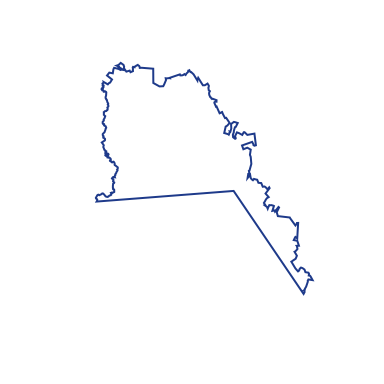 La Trinitaria, Chiapas, Mexico (orthographic projection), rotated 56°
{"feature_id": "50627088B54619766562201", "entity_name": "La Trinitaria", "entity_type": "district", "adm_level": 2, "iso_a3": "MEX", "parent_name": "Mexico", "parent_adm1": "Chiapas", "projection": "orthographic", "projection_center": [-91.937, 15.979], "detail": "fine", "context": "isolated", "style": "outline", "palette": "blue", "viewbox_px": 384, "rotation_deg": 56, "n_neighbors": 0, "source": "geoboundaries", "source_scale": "gbopen_adm2", "svg_char_len": 5881}
<svg xmlns="http://www.w3.org/2000/svg" viewBox="0 0 384 384"><g transform="rotate(56 192 192)"><path d="M291.3,132.0L288.8,134.5L287.3,132.0L287.1,131.4L289.3,130.7L277.0,121.3L276.4,122.3L276.8,122.7L277.6,125.0L268.8,125.3L267.8,125.2L260.0,134.3L256.2,133.1L253.5,128.5L252.8,128.7L254.6,134.1L253.5,133.8L252.6,135.9L249.4,131.9L248.7,132.3L247.3,133.5L246.8,134.4L246.1,135.2L247.4,137.5L248.2,138.6L246.3,138.2L243.5,139.2L243.6,138.5L241.3,138.5L240.3,136.3L239.6,135.1L239.2,133.9L239.0,133.2L239.1,131.3L234.4,131.9L232.2,125.5L231.3,125.4L232.0,127.9L229.2,128.3L228.0,128.8L227.2,130.4L223.3,129.6L221.5,131.8L218.3,131.1L216.7,132.6L215.8,133.3L216.3,134.9L215.2,135.3L214.1,135.5L212.9,135.4L211.9,134.9L210.3,134.2L211.5,138.1L208.4,135.2L208.8,134.1L206.3,133.0L206.4,132.4L201.9,127.1L196.3,124.0L195.5,123.6L193.6,123.2L189.7,119.6L186.2,121.4L185.3,125.5L181.4,124.5L184.1,114.1L187.1,114.5L187.5,114.8L188.5,114.4L189.0,112.9L178.5,107.6L175.6,114.2L171.8,115.0L171.4,115.7L172.8,118.4L169.5,120.1L167.7,121.4L169.9,125.3L170.7,125.3L171.9,125.7L172.1,126.1L172.0,126.5L169.6,127.3L167.5,126.2L166.7,125.2L166.0,124.1L164.6,123.0L162.3,120.2L162.5,119.3L160.4,115.5L158.6,116.9L157.3,118.1L157.5,121.6L161.3,123.9L163.4,126.4L163.2,126.6L163.3,126.6L163.6,126.8L163.5,127.1L163.3,127.2L163.4,127.4L163.8,127.3L164.2,128.4L164.0,128.5L164.3,128.5L164.7,128.9L164.6,129.2L164.9,129.5L164.3,129.7L161.1,132.3L156.6,127.5L156.7,125.7L155.8,122.2L149.6,122.2L149.2,123.3L144.8,122.8L142.5,122.3L142.3,123.2L142.5,123.6L142.2,125.1L134.9,123.8L134.8,124.4L130.5,123.6L130.1,123.1L130.1,122.9L130.3,121.8L130.8,121.2L129.6,120.3L126.3,122.7L126.1,123.3L125.7,123.2L125.3,123.6L124.0,123.5L123.6,123.8L121.2,123.4L120.0,122.8L119.5,122.5L119.0,121.9L118.4,120.8L117.0,121.2L114.7,120.1L114.4,119.6L113.6,118.8L113.3,118.6L110.8,118.5L110.7,121.6L109.6,123.3L100.8,123.0L102.0,124.8L102.5,125.2L95.3,124.9L92.2,125.6L92.2,125.8L91.9,126.1L91.2,126.3L89.6,126.1L89.6,126.4L89.3,127.2L90.0,127.9L90.4,128.5L90.5,129.1L90.6,130.1L91.4,131.9L90.0,132.4L90.1,133.6L89.9,134.6L89.4,135.6L88.8,136.5L87.7,136.3L84.9,146.6L85.3,146.7L84.8,147.2L83.7,149.4L83.0,150.2L84.7,151.0L87.3,155.0L88.2,156.7L86.3,159.9L80.0,163.1L68.1,155.2L61.0,164.1L59.9,165.9L58.8,165.4L58.2,165.3L57.7,165.4L56.9,165.9L56.3,165.9L56.1,167.6L56.2,168.5L56.0,169.6L56.4,169.9L55.3,170.9L55.6,171.5L56.5,171.9L58.8,173.4L58.3,176.0L56.5,175.8L55.5,179.1L51.6,179.2L51.0,179.0L50.2,178.2L48.3,177.7L45.1,178.9L45.5,181.0L45.5,182.3L45.1,183.8L47.2,182.5L47.5,182.9L47.3,183.2L47.8,183.8L48.4,182.4L51.2,181.1L52.0,181.1L51.2,181.9L50.9,183.0L49.0,184.0L45.5,187.1L46.2,188.4L49.3,191.3L46.8,193.8L47.9,197.3L54.0,195.4L55.5,198.7L55.3,200.1L55.7,201.6L51.4,203.7L51.7,203.8L52.0,203.7L52.1,203.9L51.9,205.2L52.1,205.7L53.3,205.9L53.6,206.1L54.3,205.7L54.4,205.8L54.3,206.6L55.1,206.4L55.5,206.6L55.7,207.0L55.6,207.9L55.8,208.0L56.2,207.8L56.4,208.0L56.5,208.7L56.4,208.7L55.9,208.3L55.7,208.6L55.9,209.1L56.2,209.1L56.1,209.3L56.3,209.5L57.1,209.2L57.2,209.3L57.2,209.5L57.5,209.6L57.9,209.4L58.0,208.8L59.5,208.7L59.4,208.3L59.6,208.1L59.8,208.5L60.4,207.6L60.9,207.3L61.4,207.3L63.5,208.9L64.2,209.5L64.9,210.5L65.8,211.1L66.7,211.0L67.3,211.4L68.0,211.1L70.5,212.0L70.8,211.9L72.0,212.1L72.5,213.0L73.3,212.9L74.1,213.3L74.4,213.7L74.6,214.9L76.0,215.4L76.7,216.2L76.8,216.7L76.6,217.1L76.9,217.8L76.8,218.1L76.3,219.1L76.5,220.5L77.0,220.6L77.5,221.1L78.7,221.9L78.9,221.8L79.5,221.8L80.6,221.5L81.0,222.0L81.2,222.4L81.7,222.9L82.6,224.8L83.5,225.2L83.9,226.8L85.0,227.6L85.7,227.7L86.2,227.1L86.6,226.9L87.0,227.0L87.4,227.6L87.7,227.6L87.9,227.6L89.3,226.8L90.8,227.2L91.0,227.7L91.1,228.1L91.8,228.7L92.9,230.3L93.5,231.0L93.9,233.1L94.0,233.5L94.3,233.8L95.5,234.4L95.8,234.4L96.1,234.1L96.5,234.2L97.0,235.0L97.5,235.2L98.1,234.7L99.2,234.4L99.8,234.7L100.1,235.2L100.5,235.4L100.5,239.1L103.9,239.0L105.1,240.4L107.2,240.8L107.9,241.1L108.9,240.7L109.6,241.0L110.3,240.3L110.5,240.4L111.0,240.9L110.8,241.2L110.8,241.7L111.3,242.2L111.8,242.4L112.1,241.4L112.9,240.4L113.5,240.1L114.1,240.1L114.6,240.8L114.7,241.0L113.4,242.3L113.3,243.3L113.7,243.3L115.1,242.1L116.0,242.8L116.6,242.3L116.3,241.8L117.5,241.2L118.5,240.9L119.1,240.9L119.9,241.3L119.8,242.0L120.2,242.6L120.4,242.6L121.5,242.0L122.2,242.0L122.8,241.7L122.8,240.3L123.2,240.0L124.5,240.0L125.2,240.2L125.6,240.6L126.3,241.0L126.6,241.0L127.3,240.6L128.8,240.2L129.8,239.8L130.6,240.0L131.2,240.7L131.5,241.5L132.0,241.4L132.5,241.7L133.3,243.6L133.8,244.1L134.3,245.5L134.6,245.6L135.1,246.0L135.1,246.6L135.5,246.9L136.2,247.6L136.6,247.7L135.6,248.7L135.5,249.0L135.7,250.1L136.0,250.8L136.6,250.7L137.2,250.3L137.4,250.1L138.3,250.5L138.7,251.3L139.0,251.5L139.6,251.4L140.6,251.1L140.9,251.4L141.0,251.7L141.0,252.7L142.6,254.1L144.2,255.2L144.6,255.4L144.8,255.3L145.6,255.8L146.1,255.3L146.5,255.2L148.0,256.1L148.5,256.5L148.3,257.8L148.3,258.2L147.8,258.5L148.0,258.9L147.5,259.4L147.4,259.7L147.9,259.8L148.4,259.7L148.5,260.0L149.1,260.5L149.0,260.9L149.2,261.3L148.9,262.0L148.8,262.6L149.0,263.7L149.0,264.2L148.9,264.7L148.6,264.8L148.2,265.5L147.3,266.1L145.4,266.2L143.7,266.5L143.6,266.8L143.0,267.2L143.1,267.8L143.1,269.1L142.9,269.6L142.9,270.5L142.7,270.8L141.8,271.2L141.7,271.8L141.7,272.2L143.1,275.0L143.8,275.2L144.7,274.8L145.3,274.8L146.2,275.6L146.6,276.4L214.4,156.9L338.9,156.5L337.9,154.6L336.7,154.0L336.1,154.3L336.1,153.1L335.4,152.6L334.3,150.3L331.1,146.1L330.3,145.7L329.6,144.4L332.5,141.3L328.2,140.9L327.3,141.0L326.5,141.9L325.2,140.7L324.0,140.6L321.9,142.8L319.2,142.1L317.0,142.9L315.6,143.9L315.8,145.1L315.8,145.5L316.6,146.5L316.9,147.6L317.1,147.7L317.1,148.5L313.2,149.0L305.3,148.6L305.3,143.4L303.5,140.7L298.9,140.4L299.0,139.7L298.9,139.1L298.7,138.1L298.2,136.4L295.5,135.3L295.2,135.3L296.3,133.4L291.3,132.0Z" fill="none" stroke="#1e3a8a" stroke-width="2"/></g></svg>